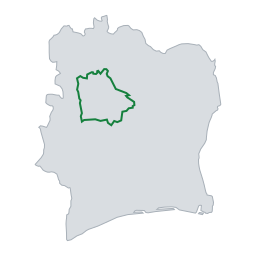 Worodougou highlighted on a map of Ivory Coast
{"feature_id": "CIV-3443", "entity_name": "Worodougou", "entity_type": "Region", "adm_level": 1, "iso_a3": "CIV", "parent_name": "Ivory Coast", "parent_adm1": "", "projection": "natural_earth1", "projection_center": [-6.431, 8.415], "detail": "coarse", "context": "in_parent", "style": "outline", "palette": "green", "viewbox_px": 256, "rotation_deg": 0, "n_neighbors": 0, "source": "natural_earth", "source_scale": "10m", "svg_char_len": 3981}
<svg xmlns="http://www.w3.org/2000/svg" viewBox="0 0 256 256"><path d="M54.0,35.2L54.9,35.2L57.2,34.4L59.3,32.6L61.3,28.9L64.0,25.9L67.0,26.1L67.9,25.5L69.0,25.4L70.2,27.4L71.5,28.9L72.4,28.9L73.0,31.8L78.5,33.0L80.9,33.8L82.9,35.9L83.6,35.9L84.4,35.5L85.0,34.7L85.2,33.9L84.3,32.1L84.7,30.4L85.6,28.9L87.0,28.8L89.1,28.3L91.6,28.3L93.4,28.6L94.1,27.1L93.4,22.9L93.6,20.5L93.9,18.6L94.6,17.8L97.3,20.2L99.8,21.1L101.6,21.2L102.1,20.7L101.3,18.0L101.5,17.2L102.2,16.7L103.4,16.5L106.5,15.4L106.9,15.6L107.5,19.8L107.2,21.2L107.8,24.1L108.7,26.8L108.6,27.9L107.9,29.6L107.1,31.1L107.2,31.7L108.5,32.8L110.9,33.8L113.4,34.1L114.8,32.5L116.3,31.2L117.3,30.1L117.6,28.4L119.2,27.2L123.7,25.6L127.9,25.4L128.9,25.9L130.8,28.3L133.2,29.9L136.9,29.7L139.5,30.6L141.8,32.4L143.4,36.4L145.0,39.3L145.8,43.4L148.4,45.6L150.5,46.6L153.3,49.6L156.2,51.1L159.3,50.8L160.7,52.3L162.9,53.4L165.2,53.5L167.1,50.1L169.8,48.7L176.4,45.9L179.0,44.7L181.6,43.9L188.0,43.6L193.9,44.5L196.8,45.1L198.9,44.7L200.8,46.3L202.8,49.7L204.4,50.8L206.0,52.0L207.3,54.7L208.7,57.4L209.5,58.6L211.3,61.3L212.8,61.3L214.3,60.2L214.9,59.3L215.2,61.1L214.7,63.9L214.8,65.7L215.6,66.3L215.2,68.6L213.4,72.5L213.4,74.7L215.2,75.5L216.4,77.9L217.2,82.0L217.9,83.4L218.0,84.2L219.3,94.3L220.8,104.3L219.9,105.6L218.5,106.0L217.6,106.5L217.4,107.4L218.0,108.8L217.6,110.0L215.9,110.9L212.2,114.1L212.0,115.4L211.0,118.1L210.2,119.8L209.0,122.8L207.1,131.0L206.4,137.7L206.3,139.8L205.6,141.3L204.7,143.3L200.7,149.1L198.7,153.9L199.0,155.9L199.1,158.0L198.5,159.5L198.6,163.5L199.1,166.8L199.8,170.1L202.7,179.4L204.2,185.0L205.2,189.5L206.0,192.6L206.8,193.8L207.1,195.0L211.4,195.8L212.3,196.5L213.5,202.4L213.2,205.1L212.4,206.1L212.4,208.4L212.2,211.2L211.6,212.3L209.2,212.5L207.6,213.5L205.4,213.1L205.2,212.4L204.0,212.1L200.9,210.5L201.4,205.4L199.9,205.2L198.7,205.9L196.5,212.0L195.4,213.1L179.4,209.9L176.0,207.4L171.8,206.8L164.6,207.1L158.6,207.8L156.9,209.4L172.0,208.5L173.6,208.7L174.4,209.6L155.3,211.6L148.1,212.8L145.9,212.5L144.3,210.5L136.4,210.3L134.8,210.9L133.8,212.4L136.9,212.1L141.8,212.0L143.1,213.1L127.8,214.6L117.1,217.3L112.6,219.4L97.8,226.1L88.7,229.3L86.4,230.5L82.2,233.8L76.9,235.9L71.0,239.8L67.4,240.6L66.6,239.4L66.5,232.8L66.0,224.0L66.2,220.7L66.6,217.5L66.7,214.9L68.5,213.9L68.9,212.8L69.2,209.4L70.9,206.3L70.9,200.8L71.4,199.7L71.8,198.3L71.1,194.7L70.2,188.0L69.7,187.6L69.3,187.8L68.4,188.0L64.6,185.6L61.8,185.2L59.7,183.3L59.6,181.0L58.6,179.7L57.9,177.1L56.9,174.1L54.1,172.3L51.4,171.8L49.6,172.2L47.3,172.1L44.8,171.1L43.0,170.0L41.4,167.8L39.8,166.0L38.6,166.3L37.1,165.8L35.6,165.0L35.2,164.4L41.3,157.5L43.4,154.1L43.7,152.0L43.7,149.9L44.4,147.7L44.5,144.4L41.1,132.5L40.3,128.8L39.4,127.7L38.8,127.3L40.5,125.8L42.9,126.2L46.5,127.4L47.3,126.2L50.1,120.2L50.0,117.9L49.7,116.4L51.4,112.2L52.6,110.6L53.3,108.9L53.1,106.6L52.1,105.7L50.9,105.9L49.3,105.3L47.0,103.9L45.8,102.7L46.2,97.3L46.4,95.6L47.2,94.6L48.5,94.3L52.1,94.2L55.0,94.8L57.6,95.2L59.0,95.2L60.1,96.8L61.6,98.4L62.9,98.4L63.3,97.2L63.0,91.8L62.2,89.0L60.2,86.2L55.1,83.9L55.0,80.6L55.5,77.1L56.6,75.7L60.4,73.5L59.7,72.3L58.5,71.0L56.1,69.7L56.7,65.4L56.8,61.6L54.8,62.1L52.7,62.3L51.0,61.1L49.5,58.8L49.2,52.5L49.2,45.2L49.0,41.9L49.5,40.2L51.3,38.6L53.3,36.5L54.0,35.2ZM203.4,213.2L202.5,214.6L198.5,213.7L199.4,212.5L203.4,213.2Z" fill="#d9dde1" stroke="#a8b0b8" stroke-width="1"/><path d="M111.3,125.2L108.0,122.9L106.9,119.6L100.5,120.9L95.3,119.3L84.1,120.0L81.9,121.6L80.8,116.2L81.9,113.2L79.9,103.1L80.6,100.3L79.3,98.6L78.2,91.9L77.1,89.6L78.3,83.8L77.0,78.3L80.3,76.1L83.1,77.8L86.9,78.4L87.2,74.5L91.8,72.2L92.9,72.3L93.3,73.7L96.0,74.0L97.3,72.8L97.2,71.2L98.2,70.8L100.5,73.7L104.2,69.1L106.4,69.2L107.9,71.0L106.7,73.9L107.6,76.2L110.4,78.3L115.8,89.0L126.3,93.0L129.0,95.2L126.1,95.9L127.3,97.4L134.1,101.9L134.4,105.1L132.7,106.1L132.7,107.7L128.7,108.3L126.5,110.9L122.4,111.7L121.2,120.4L117.3,122.1L114.2,121.0L111.3,125.2Z" fill="none" stroke="#15803d" stroke-width="2"/></svg>